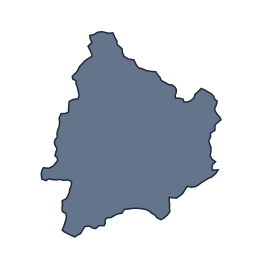 Recreio, Minas Gerais, Brazil, rotated 81°
{"feature_id": "56859067B1728597863247", "entity_name": "Recreio", "entity_type": "district", "adm_level": 2, "iso_a3": "BRA", "parent_name": "Brazil", "parent_adm1": "Minas Gerais", "projection": "natural_earth1", "projection_center": [-42.438, -21.518], "detail": "fine", "context": "isolated", "style": "filled", "palette": "slate", "viewbox_px": 256, "rotation_deg": 81, "n_neighbors": 0, "source": "geoboundaries", "source_scale": "gbopen_adm2", "svg_char_len": 2350}
<svg xmlns="http://www.w3.org/2000/svg" viewBox="0 0 256 256"><g transform="rotate(81 128 128)"><path d="M124.7,39.4L121.7,39.1L119.3,37.2L115.5,35.7L113.0,37.8L109.8,38.6L107.1,40.5L104.8,43.4L102.4,46.3L100.4,49.6L102.9,52.9L105.1,56.4L108.6,58.1L110.8,61.8L111.7,65.3L110.9,68.8L108.1,69.1L106.8,71.9L105.8,76.4L103.2,76.3L100.2,74.7L97.6,74.2L94.6,75.5L92.3,77.9L91.5,81.0L89.1,83.9L86.4,87.6L83.4,88.4L80.5,90.1L76.8,91.8L75.7,96.3L74.3,100.5L71.8,104.5L70.0,108.5L66.4,110.2L61.6,111.5L59.9,116.8L56.7,120.7L52.4,121.7L49.0,121.4L46.2,123.6L43.8,125.7L40.3,125.4L36.1,127.0L31.7,128.0L31.3,132.5L30.0,135.7L28.8,138.7L28.7,143.0L30.4,147.2L30.6,151.3L33.8,151.4L37.9,150.3L41.0,154.7L44.3,153.6L48.2,152.5L51.6,152.2L52.9,155.9L55.0,160.2L57.4,163.2L59.7,166.2L63.8,169.0L66.4,172.4L68.3,175.0L71.2,174.8L73.1,171.9L76.2,172.4L80.0,171.6L84.4,171.4L88.3,171.2L91.3,172.8L91.2,177.7L92.5,181.9L96.4,182.9L99.8,183.8L102.9,184.1L103.9,187.3L103.3,191.9L107.7,194.6L111.3,194.6L115.6,195.7L119.6,198.0L122.7,199.1L126.1,199.3L128.1,201.9L131.0,203.1L133.9,202.6L137.1,201.4L140.6,202.9L143.9,204.5L146.3,202.5L149.2,202.6L151.5,205.2L154.0,208.0L155.4,212.6L154.0,217.7L156.5,219.7L159.9,220.9L164.9,221.1L167.2,217.3L165.7,214.3L167.2,210.6L168.0,206.8L168.2,203.1L169.6,199.8L169.9,195.5L172.0,192.1L176.3,193.2L179.1,195.1L182.5,196.1L185.4,197.8L188.2,200.0L189.5,204.4L193.4,204.7L197.0,205.7L200.2,205.9L202.9,202.6L207.3,202.9L211.5,205.0L215.4,207.0L218.6,209.0L220.7,207.1L223.8,202.8L227.3,197.7L226.0,194.8L224.8,191.3L221.4,188.5L218.6,186.1L218.7,181.7L221.1,178.8L222.3,175.6L219.9,172.1L220.7,166.7L218.2,165.2L215.4,165.2L213.5,163.0L213.8,158.7L212.5,155.7L211.2,151.9L211.2,147.4L207.8,144.2L208.1,139.3L208.1,135.2L209.1,129.7L210.2,126.1L211.5,122.6L213.5,120.0L216.3,117.4L218.2,115.1L221.4,113.2L223.7,109.8L222.4,106.2L219.6,102.1L216.8,99.6L213.4,99.6L210.6,98.9L207.2,98.8L203.0,98.2L203.9,94.9L204.9,91.1L203.1,87.6L201.3,84.3L198.0,81.5L194.9,78.5L196.4,74.7L196.4,70.3L195.1,67.2L193.6,64.4L192.0,60.6L190.4,56.7L189.5,53.1L186.8,48.6L183.5,45.5L182.8,51.4L179.9,51.2L177.0,49.9L175.0,46.8L171.9,49.9L168.4,51.2L163.8,49.7L160.2,49.1L156.7,49.8L153.0,50.3L149.8,47.8L146.0,47.4L143.8,42.5L138.6,41.6L136.6,38.6L134.4,34.9L131.6,35.6L128.7,37.7L124.7,39.4Z" fill="#64748b" stroke="#1e293b" stroke-width="1.5"/></g></svg>